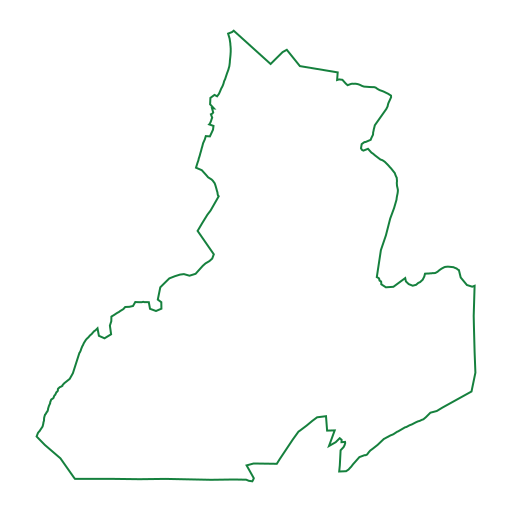 the district of Sagnerigu, Northern, Ghana
{"feature_id": "2480657B87566941811639", "entity_name": "Sagnerigu", "entity_type": "district", "adm_level": 2, "iso_a3": "GHA", "parent_name": "Ghana", "parent_adm1": "Northern", "projection": "natural_earth1", "projection_center": [-0.877, 9.486], "detail": "fine", "context": "isolated", "style": "outline", "palette": "green", "viewbox_px": 512, "rotation_deg": 0, "n_neighbors": 0, "source": "geoboundaries", "source_scale": "gbopen_adm2", "svg_char_len": 5847}
<svg xmlns="http://www.w3.org/2000/svg" viewBox="0 0 512 512"><path d="M75.0,478.9L114.6,478.9L139.6,479.2L165.5,478.9L170.7,479.0L211.0,479.8L233.8,479.5L246.2,479.7L248.8,480.8L252.3,481.3L253.2,479.7L253.8,478.2L246.6,465.4L253.6,463.5L276.8,463.8L279.6,459.3L292.8,439.5L298.5,431.6L299.7,430.8L306.6,425.6L312.4,420.8L317.1,417.3L326.0,416.2L327.1,430.6L334.7,430.4L329.0,446.0L335.7,442.2L339.7,438.2L341.6,439.8L341.5,442.2L343.0,442.1L345.0,441.9L345.2,443.0L344.6,445.1L343.6,447.1L340.6,450.3L339.8,465.5L339.2,471.5L346.1,471.2L348.6,469.5L350.1,467.8L351.2,466.7L353.0,464.3L359.4,457.1L364.5,455.2L365.7,455.2L367.1,454.5L368.8,452.2L370.2,450.6L372.9,448.6L377.6,444.9L383.8,439.0L390.5,435.4L392.6,434.6L393.4,434.2L394.2,433.7L397.2,431.7L398.1,431.4L405.1,427.3L406.4,427.0L409.5,425.3L411.9,424.4L415.7,422.4L417.9,421.4L419.7,420.9L421.7,419.9L423.4,419.3L425.9,417.2L430.4,412.7L436.8,411.0L442.4,407.6L471.5,391.5L475.4,372.7L474.6,352.0L473.9,325.4L473.7,315.9L474.6,285.8L472.2,286.7L466.9,285.0L460.7,277.5L458.9,270.1L457.7,269.5L456.6,268.5L455.5,268.1L454.5,267.7L453.5,267.2L448.6,266.7L448.3,266.7L447.1,266.7L446.3,266.8L445.2,266.9L444.3,267.2L442.4,268.2L441.5,268.7L440.6,269.3L439.1,270.4L438.5,270.9L438.0,271.4L437.1,272.0L436.2,272.5L435.2,273.0L434.3,273.1L433.6,273.1L432.4,273.1L431.6,273.3L430.5,273.3L429.8,273.4L428.8,273.5L425.8,273.6L425.0,273.7L424.3,276.5L422.7,279.7L420.1,282.1L418.3,282.9L416.1,284.8L412.7,285.7L408.7,284.1L405.9,281.4L405.2,278.1L393.4,286.8L385.9,287.3L381.3,284.3L381.3,283.4L381.1,281.5L379.7,280.7L379.6,280.2L379.4,280.1L379.2,279.3L379.2,279.0L379.1,278.6L378.7,278.1L376.8,277.1L380.9,250.1L385.9,235.4L390.2,218.6L394.1,208.0L396.5,199.7L396.7,197.9L397.0,196.1L397.5,193.8L397.8,191.8L397.9,190.0L397.5,188.0L397.0,185.8L396.9,184.3L396.8,182.9L397.0,181.1L396.7,177.6L396.2,176.8L395.3,174.6L394.8,173.1L391.0,168.3L390.6,167.9L389.6,166.9L389.4,166.5L388.6,165.7L388.1,165.1L387.2,164.2L384.9,161.9L383.8,161.1L382.4,160.2L380.4,159.5L378.3,157.9L376.6,156.6L374.9,155.3L373.2,153.8L371.4,152.6L368.0,148.8L363.4,150.6L362.0,149.9L361.0,148.3L361.7,144.1L364.4,142.1L365.6,142.0L370.7,139.8L371.0,138.9L371.6,137.5L373.0,134.7L373.1,133.5L373.1,132.7L373.6,130.5L373.8,129.3L374.5,126.7L374.8,125.3L386.3,109.0L387.6,106.4L387.8,105.3L388.3,103.4L389.0,101.8L389.9,99.9L390.6,98.3L391.1,97.2L391.0,95.6L388.0,93.7L385.9,92.7L383.9,91.7L382.7,91.2L379.6,90.1L377.3,88.8L375.7,87.6L374.0,87.1L371.6,87.1L369.4,87.0L367.0,86.8L364.1,86.6L362.2,86.0L360.0,84.9L358.4,84.3L357.2,84.0L355.3,83.7L353.7,83.8L352.1,83.7L350.8,84.0L347.6,85.2L345.8,83.6L342.4,79.8L339.1,79.4L337.1,80.0L337.7,72.4L299.9,66.1L286.8,49.8L282.6,52.1L274.6,60.0L270.6,64.0L233.7,30.7L232.0,32.1L228.1,33.6L229.6,38.6L230.3,43.3L230.4,45.1L230.5,46.0L230.6,46.9L230.6,47.5L230.7,48.2L230.7,49.6L230.7,51.7L230.5,54.9L230.3,57.0L230.1,58.8L229.9,60.7L229.8,62.5L229.5,65.0L229.3,66.4L228.9,67.7L228.4,69.6L227.6,71.8L227.1,73.1L226.3,75.5L225.8,77.0L225.1,79.2L224.5,80.4L224.1,81.3L223.5,83.6L222.8,85.5L222.0,87.2L221.5,88.0L220.9,89.3L220.3,90.8L219.6,92.4L218.9,93.9L218.1,95.0L217.4,95.9L217.1,96.3L214.5,94.9L210.4,97.9L210.1,104.3L213.9,108.4L212.0,108.2L213.2,112.5L212.3,113.6L210.9,114.3L212.2,117.7L211.8,118.6L211.0,121.1L210.7,121.7L210.5,122.4L209.5,124.1L209.2,124.4L213.5,125.9L213.0,129.7L209.9,136.4L205.8,136.1L204.8,139.4L203.1,143.2L202.2,146.7L201.7,148.3L201.4,149.5L201.1,150.7L200.6,152.4L200.2,153.8L199.9,155.0L199.3,157.0L198.8,158.4L198.6,159.3L198.5,159.9L198.3,160.6L197.6,162.5L196.0,167.7L201.8,170.2L206.5,175.4L208.1,177.3L209.7,178.3L211.6,179.5L212.8,180.7L214.7,183.3L215.4,185.3L215.9,187.0L216.5,189.1L216.9,190.7L217.3,191.9L217.5,192.7L217.6,193.9L217.8,194.7L218.0,195.5L218.5,195.9L218.7,196.3L210.6,210.5L207.4,214.7L202.4,222.8L197.6,230.9L213.8,254.3L212.2,258.6L209.4,261.1L205.5,263.4L202.8,265.8L195.6,273.8L189.5,275.7L183.9,274.1L180.0,274.6L174.9,276.2L169.3,278.4L163.5,284.1L160.3,287.3L157.8,299.6L161.3,302.2L161.4,308.7L156.0,311.0L150.0,308.8L148.8,302.2L148.5,302.2L146.1,302.1L145.1,302.1L144.2,302.1L143.6,301.9L142.9,301.9L141.7,302.2L141.1,302.2L138.9,302.2L137.7,302.1L136.7,302.1L135.3,302.0L133.0,306.0L129.4,306.8L125.2,307.0L124.6,307.7L124.0,308.3L123.5,309.0L122.7,309.5L120.9,310.6L120.2,311.0L119.7,311.4L118.9,312.0L118.2,312.4L117.5,312.7L116.6,313.3L116.1,313.6L114.2,314.9L112.7,315.8L111.8,316.3L111.4,316.6L111.3,321.2L109.9,325.6L111.1,334.3L104.5,338.3L98.9,335.8L97.5,328.3L96.3,329.5L95.5,330.3L94.1,331.2L93.3,332.1L92.6,332.9L91.7,334.0L89.9,335.5L88.6,337.1L87.9,337.8L87.3,338.3L86.6,339.0L85.7,340.1L85.1,341.1L84.4,342.2L83.8,343.2L83.4,344.1L82.9,345.3L82.3,346.2L81.3,348.7L81.0,349.5L80.7,350.6L80.2,351.6L79.9,352.3L79.4,352.9L72.9,373.2L69.7,378.9L64.4,383.1L62.8,384.8L62.5,385.4L62.3,385.6L62.3,385.9L62.1,386.0L61.9,386.1L61.7,386.3L61.1,386.6L60.4,386.9L59.7,387.2L59.2,387.7L58.8,388.1L58.6,388.2L58.1,388.7L57.9,389.1L57.9,390.1L57.8,390.8L57.6,391.0L57.3,391.5L57.1,391.6L56.9,391.9L56.4,392.2L55.8,393.5L55.6,393.9L55.3,394.7L55.0,395.0L54.6,395.3L54.5,395.5L54.1,396.1L53.7,397.3L53.5,397.9L52.6,398.7L51.8,399.2L51.7,399.2L51.5,399.4L51.3,399.5L51.2,399.8L51.0,400.0L50.7,401.1L50.5,401.3L50.4,401.6L50.2,402.2L50.2,402.8L50.1,403.0L50.1,403.5L49.7,404.2L48.9,406.0L48.3,408.0L48.1,408.5L48.1,409.0L48.0,409.6L47.8,410.3L47.4,411.2L47.4,411.5L46.8,412.0L46.5,412.4L46.5,412.6L46.2,413.0L46.0,413.6L45.0,414.7L45.0,415.0L44.9,415.2L44.6,416.0L44.1,418.0L44.0,420.3L43.9,421.0L43.7,421.5L43.6,421.8L43.6,422.0L43.4,422.5L43.4,423.0L43.3,423.6L43.2,423.8L43.2,424.1L42.7,426.1L42.6,426.3L42.5,426.7L42.2,427.1L40.0,430.4L39.6,431.1L39.3,431.4L39.1,431.5L38.0,432.9L37.9,433.1L36.6,436.5L44.9,445.0L60.4,458.3L64.9,464.7L73.9,477.5L75.0,478.9Z" fill="none" stroke="#15803d" stroke-width="2"/></svg>